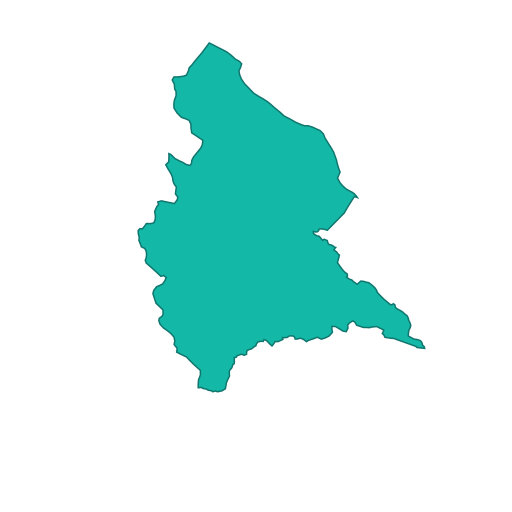 Kemaman, Terengganu, Malaysia (Natural Earth projection), rotated 315°
{"feature_id": "92858781B85628090125570", "entity_name": "Kemaman", "entity_type": "district", "adm_level": 2, "iso_a3": "MYS", "parent_name": "Malaysia", "parent_adm1": "Terengganu", "projection": "natural_earth1", "projection_center": [103.21, 4.239], "detail": "fine", "context": "isolated", "style": "filled", "palette": "teal", "viewbox_px": 512, "rotation_deg": 315, "n_neighbors": 0, "source": "geoboundaries", "source_scale": "gbopen_adm2", "svg_char_len": 4254}
<svg xmlns="http://www.w3.org/2000/svg" viewBox="0 0 512 512"><g transform="rotate(315 256 256)"><path d="M181.4,168.3L182.7,172.0L181.7,175.0L179.6,177.7L176.8,179.8L174.7,180.7L173.4,183.4L173.9,190.9L174.2,196.6L174.4,203.2L176.8,204.4L177.3,207.7L173.9,209.1L170.3,209.7L166.4,208.5L164.1,207.4L159.4,208.0L156.5,209.7L151.9,218.7L152.1,228.3L149.0,231.6L146.7,232.2L143.6,231.6L141.5,233.1L139.9,236.4L139.7,241.5L140.5,246.0L141.0,250.5L140.7,255.3L138.6,258.6L135.5,260.7L135.0,265.5L131.9,267.9L133.7,273.3L135.5,278.3L135.3,282.5L135.3,288.2L135.8,297.5L132.8,300.6L130.5,301.8L127.8,302.9L124.2,306.0L122.0,308.3L124.3,310.2L125.0,312.5L126.8,315.0L127.3,317.1L129.2,319.8L129.5,321.5L131.8,322.7L132.8,324.8L136.6,327.3L138.2,327.7L140.4,328.2L143.6,326.1L144.9,325.0L147.1,324.0L149.6,323.1L152.4,322.1L153.7,320.6L155.4,318.8L157.2,318.1L159.2,318.1L160.9,317.5L162.5,316.5L164.5,316.7L165.8,315.6L167.2,314.2L168.8,312.5L170.7,313.7L172.3,313.1L176.5,315.4L177.3,317.7L179.8,318.8L181.0,317.7L182.9,316.5L185.3,317.5L187.1,318.5L190.1,318.8L192.6,319.4L193.9,318.5L196.6,318.1L199.2,319.8L200.7,321.5L202.7,320.8L203.7,323.6L203.5,327.8L203.7,330.9L206.0,330.7L209.0,330.0L211.0,332.1L216.0,334.0L217.1,332.5L218.3,333.8L220.3,335.5L223.4,336.3L225.8,339.0L225.8,341.1L224.9,342.4L226.6,344.0L229.1,345.3L230.6,348.4L231.1,352.2L233.8,352.9L237.2,354.7L241.9,356.8L243.4,361.0L246.8,362.8L251.2,364.3L256.1,364.0L258.0,361.3L260.0,359.5L262.4,362.2L263.4,366.4L264.4,370.6L266.3,373.3L269.9,372.1L272.0,369.7L274.6,369.4L278.5,370.3L279.2,372.7L278.2,376.0L281.3,382.3L283.7,384.8L285.5,386.9L287.7,388.1L288.9,389.2L291.4,391.1L292.2,393.4L294.0,398.6L291.7,399.8L290.5,400.1L290.5,402.6L289.7,404.6L290.4,405.7L291.8,407.6L293.5,409.9L295.0,411.5L305.1,432.9L305.1,434.5L309.9,440.6L310.8,439.3L310.8,436.8L312.1,434.5L312.4,432.2L311.6,430.3L310.4,428.3L309.0,426.6L307.1,420.3L308.8,418.7L311.6,416.6L314.4,415.7L316.4,414.5L317.6,412.2L318.6,409.3L319.9,407.2L320.6,404.9L320.2,402.3L320.1,399.4L319.6,396.9L318.6,393.8L318.2,391.1L319.7,388.6L319.4,386.9L317.4,386.5L316.6,385.0L316.3,381.5L315.9,377.5L315.9,375.0L315.9,369.7L316.1,367.5L317.1,365.2L317.6,362.2L317.4,358.5L316.9,354.7L315.3,352.2L314.1,349.9L312.3,347.8L307.6,347.6L306.8,343.0L306.8,340.7L305.6,338.2L305.1,334.9L306.6,334.8L307.8,333.2L307.3,329.8L307.5,326.7L308.1,322.7L308.9,318.3L315.6,314.4L315.5,312.0L315.9,310.3L315.4,306.7L318.4,306.3L317.7,305.1L317.6,303.1L316.9,301.2L315.8,299.7L315.9,298.0L316.7,296.6L317.3,295.4L316.0,292.3L314.2,292.0L314.3,290.4L314.6,288.0L314.5,286.2L313.3,285.0L312.9,282.8L312.5,280.8L313.9,279.2L314.9,280.8L316.3,282.2L318.1,282.4L319.5,281.7L320.3,281.9L321.5,283.4L322.8,284.7L324.6,288.2L348.8,288.0L354.7,286.4L363.4,284.4L367.6,283.6L369.0,286.3L369.4,284.0L369.5,281.3L369.0,278.7L368.1,275.9L367.1,272.3L366.9,267.6L367.2,263.7L368.7,258.6L372.3,257.1L374.7,256.2L376.8,251.7L378.8,248.1L380.9,244.8L382.7,240.9L384.3,237.6L385.6,232.8L386.6,228.3L388.2,221.4L390.0,217.2L390.0,212.7L386.9,204.4L384.8,200.5L382.5,198.4L380.9,195.1L378.6,189.4L376.8,182.8L374.9,177.1L374.7,172.0L373.9,163.6L373.6,158.2L373.1,154.3L372.1,149.8L370.8,145.1L369.5,139.4L369.7,126.2L370.8,120.5L372.6,116.3L374.9,113.0L378.3,111.8L381.7,110.0L381.9,106.7L380.6,102.2L380.4,96.5L379.6,90.9L373.6,72.3L360.9,74.1L350.3,75.0L345.4,75.6L342.0,75.6L338.9,77.4L334.7,78.9L331.6,77.4L327.7,74.4L324.6,71.4L321.2,72.3L319.7,76.8L316.6,80.4L315.8,83.1L312.9,86.1L308.3,88.2L305.2,90.6L302.6,93.5L301.3,99.2L301.3,105.2L303.3,109.4L304.6,112.7L303.3,116.6L300.5,119.6L297.6,123.5L298.7,128.6L299.7,134.0L300.2,136.7L296.6,139.4L293.2,140.6L287.5,141.2L281.8,141.8L278.2,143.0L276.1,144.8L273.5,145.4L271.4,142.1L270.4,137.9L269.1,134.6L267.6,129.8L267.6,124.1L266.8,122.0L264.2,124.7L260.8,127.7L256.7,127.7L255.4,132.2L254.1,137.6L252.5,141.5L250.4,144.2L249.1,146.9L248.4,151.0L245.5,153.1L242.9,155.2L242.4,159.1L239.8,160.6L235.4,161.2L232.0,156.1L228.1,150.1L224.8,148.3L223.5,150.7L220.6,151.0L215.9,152.8L212.8,157.0L210.2,159.1L207.1,160.3L204.3,158.5L201.4,155.5L198.6,156.1L194.9,156.4L193.1,154.6L190.8,154.6L188.5,157.0L186.6,160.3L184.3,162.1L181.7,168.1L181.4,168.3Z" fill="#14b8a6" stroke="#0f766e" stroke-width="1.5"/></g></svg>